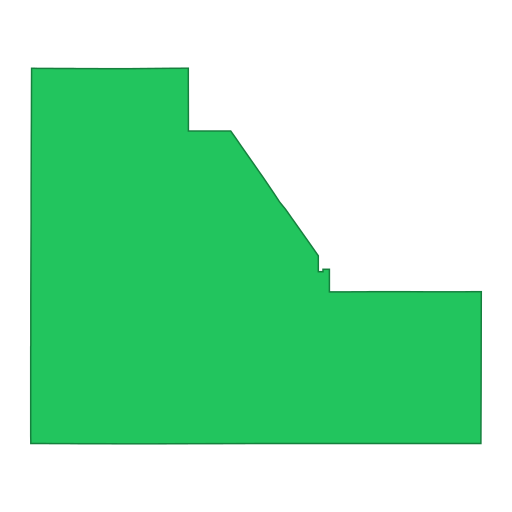 the district of Coolgardie, Western Australia, Australia
{"feature_id": "25037944B30748912552839", "entity_name": "Coolgardie", "entity_type": "district", "adm_level": 2, "iso_a3": "AUS", "parent_name": "Australia", "parent_adm1": "Western Australia", "projection": "mercator", "projection_center": [120.788, -31.014], "detail": "fine", "context": "isolated", "style": "filled", "palette": "green", "viewbox_px": 512, "rotation_deg": 0, "n_neighbors": 0, "source": "geoboundaries", "source_scale": "gbopen_adm2", "svg_char_len": 2157}
<svg xmlns="http://www.w3.org/2000/svg" viewBox="0 0 512 512"><path d="M31.6,68.3L31.5,89.6L31.4,120.6L31.3,136.3L31.2,165.9L31.1,195.5L31.1,223.2L31.0,244.3L30.8,300.2L30.8,310.7L30.8,311.2L30.8,314.2L30.8,316.1L30.8,319.1L30.8,320.1L30.8,322.0L30.8,326.0L30.8,327.9L30.8,328.9L30.8,330.9L30.8,331.9L30.8,333.8L30.8,334.8L30.8,342.7L30.8,343.7L30.8,345.7L30.7,346.6L30.7,348.6L30.7,349.6L30.7,351.6L30.7,352.6L30.7,354.5L30.7,355.5L30.7,358.5L30.7,369.3L30.7,370.3L30.7,381.2L30.7,382.1L30.7,393.0L30.7,394.0L30.7,403.9L30.7,404.8L30.7,415.7L30.7,416.7L30.7,419.7L30.7,423.5L30.7,424.5L30.7,435.0L30.7,436.0L30.8,440.8L30.8,443.5L34.7,443.5L44.6,443.5L53.6,443.6L68.5,443.6L79.4,443.7L103.2,443.7L120.0,443.8L128.0,443.8L153.8,443.8L179.6,443.7L231.2,443.6L258.9,443.5L284.7,443.5L319.3,443.5L361.5,443.5L383.9,443.5L401.1,443.5L431.6,443.5L468.1,443.5L480.9,443.5L481.1,387.9L481.2,337.3L481.3,291.7L477.7,291.7L471.8,291.7L464.0,291.8L452.2,291.8L443.3,291.8L426.6,291.8L407.0,291.7L385.9,291.7L369.1,291.7L366.2,291.8L363.4,291.8L361.4,291.8L358.6,291.8L355.7,291.8L352.8,291.8L349.9,291.9L347.3,291.9L344.2,291.9L338.8,291.9L334.3,291.9L332.6,291.9L329.4,291.9L329.4,281.4L329.4,269.3L328.6,269.3L323.0,269.3L323.0,271.7L318.3,271.7L318.3,266.8L318.3,262.1L318.3,255.8L315.5,251.8L311.6,246.2L293.1,220.0L292.2,218.8L291.1,217.2L288.3,213.2L288.1,213.0L288.1,212.9L287.5,212.0L286.8,211.1L286.4,210.5L286.3,210.4L285.7,209.5L279.6,202.0L274.3,193.9L263.2,177.5L258.9,171.4L252.1,161.6L251.8,161.2L240.8,145.5L235.8,138.2L230.7,131.0L227.3,131.0L216.8,131.0L214.4,131.0L208.0,131.0L207.9,131.0L203.9,131.0L201.6,131.0L188.4,131.0L188.4,129.8L188.4,125.9L188.4,120.3L188.3,81.9L188.3,68.2L185.5,68.2L181.8,68.2L179.9,68.3L176.0,68.3L174.0,68.3L171.1,68.3L127.0,68.7L124.1,68.7L121.2,68.7L117.3,68.7L114.4,68.7L111.4,68.7L108.5,68.7L105.6,68.7L102.7,68.7L99.8,68.7L96.8,68.6L93.9,68.6L91.0,68.6L88.1,68.6L85.1,68.6L82.2,68.6L79.3,68.6L76.4,68.6L73.4,68.5L70.5,68.5L67.6,68.5L64.7,68.5L61.8,68.5L58.8,68.5L54.9,68.5L52.0,68.4L49.1,68.4L46.2,68.4L43.2,68.4L40.3,68.4L37.4,68.4L34.5,68.3L31.6,68.3Z" fill="#22c55e" stroke="#15803d" stroke-width="1.5"/></svg>